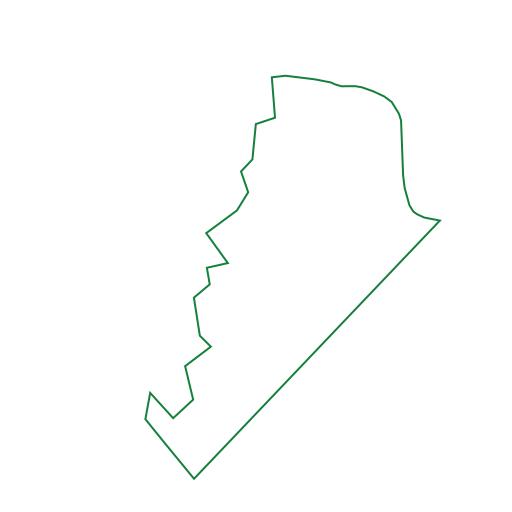 outline of Ohio, Indiana, United States of America, rotated 313°
{"feature_id": "52423323B39120505326627", "entity_name": "Ohio", "entity_type": "district", "adm_level": 2, "iso_a3": "USA", "parent_name": "United States of America", "parent_adm1": "Indiana", "projection": "mercator", "projection_center": [-84.946, 38.966], "detail": "fine", "context": "isolated", "style": "outline", "palette": "green", "viewbox_px": 512, "rotation_deg": 313, "n_neighbors": 0, "source": "geoboundaries", "source_scale": "gbopen_adm2", "svg_char_len": 664}
<svg xmlns="http://www.w3.org/2000/svg" viewBox="0 0 512 512"><g transform="rotate(313 256 256)"><path d="M56.8,317.8L50.8,362.6L407.3,366.3L398.8,352.7L396.4,345.3L395.8,340.7L397.8,333.5L407.1,318.4L415.1,308.8L454.1,269.6L457.5,263.6L461.2,250.2L460.1,240.8L456.4,229.5L451.6,218.4L448.0,212.9L438.4,202.7L435.3,196.5L434.1,192.6L425.3,178.5L415.2,164.6L407.9,154.6L397.5,145.7L370.1,175.6L352.4,165.9L324.2,187.5L307.6,187.4L297.3,206.8L276.3,211.0L238.8,204.0L231.6,240.2L213.9,228.1L203.7,241.5L183.2,239.0L159.4,269.3L158.9,284.8L127.1,279.3L108.1,308.0L80.9,306.0L83.7,272.0L61.2,286.4L56.8,317.8Z" fill="none" stroke="#15803d" stroke-width="2"/></g></svg>